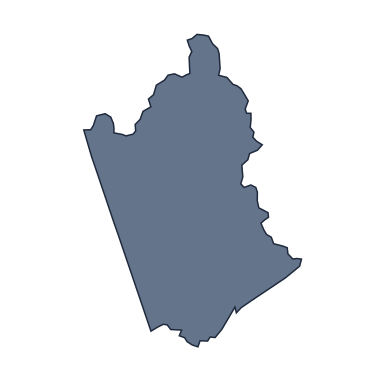 outline of Lagoa do Ouro, Pernambuco, Brazil, rotated 166°
{"feature_id": "56859067B65394251684100", "entity_name": "Lagoa do Ouro", "entity_type": "district", "adm_level": 2, "iso_a3": "BRA", "parent_name": "Brazil", "parent_adm1": "Pernambuco", "projection": "robinson", "projection_center": [-36.48, -9.167], "detail": "fine", "context": "isolated", "style": "filled", "palette": "slate", "viewbox_px": 384, "rotation_deg": 166, "n_neighbors": 0, "source": "geoboundaries", "source_scale": "gbopen_adm2", "svg_char_len": 1469}
<svg xmlns="http://www.w3.org/2000/svg" viewBox="0 0 384 384"><g transform="rotate(166 192 192)"><path d="M149.0,343.7L154.8,340.9L159.8,340.5L159.4,334.3L158.2,328.4L162.2,323.5L164.1,314.1L165.4,307.5L169.4,307.0L173.9,305.8L180.4,310.9L186.9,311.2L191.7,307.2L200.7,304.3L205.8,295.7L211.8,292.7L211.3,284.6L220.0,282.1L224.8,275.0L230.8,271.3L231.9,264.8L235.2,262.4L242.4,262.4L245.9,264.8L253.5,268.3L252.3,272.5L251.7,277.5L252.7,284.3L257.3,289.0L266.2,289.0L271.6,280.4L275.3,276.9L282.0,278.4L280.9,250.8L279.2,231.1L275.1,180.4L274.1,170.1L268.6,104.3L265.5,66.9L258.4,69.1L251.9,70.6L248.2,69.1L245.9,63.7L235.5,60.5L239.1,55.6L234.4,52.4L233.0,48.0L228.9,43.6L223.7,40.3L220.2,45.7L212.9,43.6L209.5,46.9L204.8,45.2L196.4,51.4L178.2,69.9L178.2,64.0L172.2,67.9L161.8,71.8L122.1,86.1L105.5,94.0L102.0,100.4L106.3,102.1L110.4,102.6L113.9,108.8L113.1,114.9L116.7,117.4L125.3,122.1L126.0,129.0L129.9,132.7L131.4,137.6L132.7,145.0L128.2,147.4L123.9,148.9L123.2,153.5L131.0,160.5L130.8,167.6L128.6,176.0L129.0,181.0L133.2,184.6L140.3,183.8L142.7,188.1L139.0,194.4L137.9,201.3L137.1,206.0L130.0,209.8L126.8,215.4L118.4,216.7L112.4,220.8L117.0,225.5L119.7,230.4L117.4,235.1L119.9,240.5L117.3,247.7L115.8,254.1L120.0,255.2L120.3,259.7L115.4,266.8L117.0,272.3L119.5,280.4L122.8,284.3L126.2,286.5L130.4,294.7L137.9,298.8L134.9,304.8L132.2,319.8L132.5,325.0L136.2,330.9L138.3,339.3L142.9,341.5L149.0,343.7Z" fill="#64748b" stroke="#1e293b" stroke-width="1.5"/></g></svg>